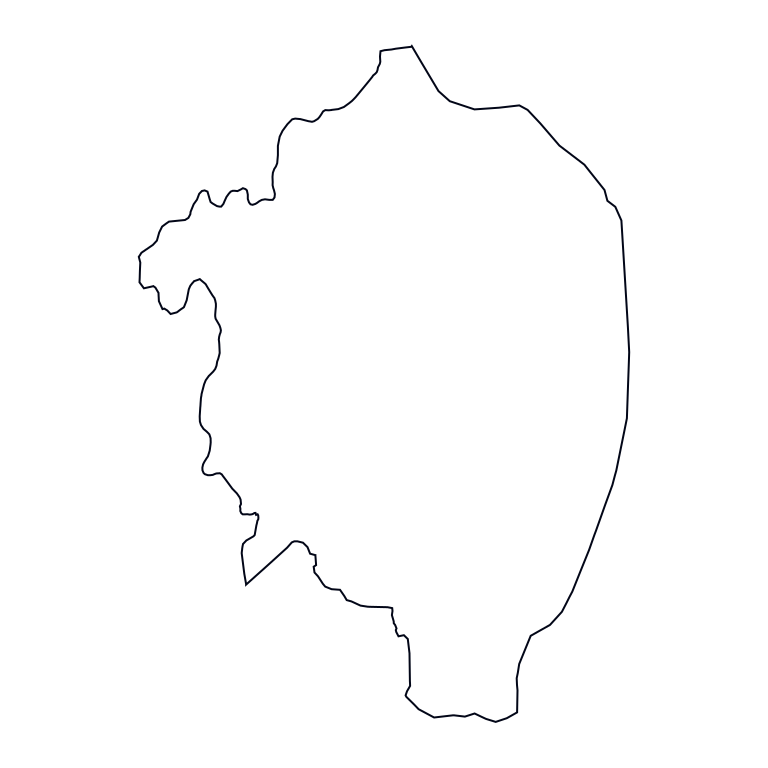 Lamandau, Kalimantan Tengah, Indonesia
{"feature_id": "22746128B62127435888540", "entity_name": "Lamandau", "entity_type": "district", "adm_level": 2, "iso_a3": "IDN", "parent_name": "Indonesia", "parent_adm1": "Kalimantan Tengah", "projection": "equal_earth", "projection_center": [111.153, -1.823], "detail": "fine", "context": "isolated", "style": "outline", "palette": "ink", "viewbox_px": 768, "rotation_deg": 0, "n_neighbors": 0, "source": "geoboundaries", "source_scale": "gbopen_adm2", "svg_char_len": 5265}
<svg xmlns="http://www.w3.org/2000/svg" viewBox="0 0 768 768"><path d="M246.1,584.6L266.8,566.1L287.1,547.7L291.8,542.4L294.4,541.3L297.3,541.3L303.0,542.7L307.5,547.1L310.1,553.7L315.2,555.1L315.4,555.1L315.4,555.5L316.1,565.1L313.7,566.7L314.5,572.5L318.0,576.3L322.8,583.7L325.2,586.6L331.6,589.2L340.0,589.8L344.3,596.0L346.7,600.1L351.4,601.4L360.5,605.6L367.7,606.7L369.7,606.8L373.9,606.9L387.5,607.2L392.2,608.1L392.5,611.0L391.9,615.1L393.7,621.3L393.8,623.3L395.1,624.9L396.5,628.4L395.8,630.1L396.3,632.1L398.5,636.3L403.9,635.2L407.8,639.0L409.5,653.3L409.8,674.1L409.9,681.2L410.0,682.9L410.1,685.9L407.0,691.3L405.6,695.4L406.4,696.9L414.6,705.0L418.6,709.2L434.1,717.5L446.2,716.1L453.2,715.3L453.3,715.3L453.8,715.3L464.9,716.6L474.6,713.5L481.5,716.8L486.0,718.9L495.7,721.9L506.8,718.2L517.1,712.4L517.5,690.3L517.0,685.0L516.7,678.2L517.8,672.9L519.2,664.0L530.7,635.8L550.0,624.9L561.9,611.8L566.3,603.3L569.5,596.9L572.3,591.6L579.8,572.9L589.1,549.9L594.4,534.9L596.1,530.4L596.3,529.8L599.9,519.7L605.0,505.3L612.4,485.0L614.9,475.5L616.3,470.5L624.2,431.7L626.9,418.3L627.8,392.0L628.8,363.9L629.2,352.1L627.9,327.0L621.4,220.5L615.3,206.8L607.4,200.8L604.5,190.0L590.0,171.8L584.4,164.7L559.4,145.6L540.3,123.4L527.6,109.9L519.3,105.4L514.0,106.0L499.1,107.7L474.5,109.4L449.8,101.2L438.5,91.1L420.5,60.9L411.8,46.1L411.3,46.8L406.1,47.4L395.8,48.7L391.5,49.5L384.5,50.2L380.5,51.2L380.0,56.5L380.3,61.8L379.8,63.9L378.0,67.3L377.5,70.1L376.7,72.2L375.3,73.7L373.1,75.5L372.3,76.8L369.2,80.7L362.8,88.5L355.6,97.2L353.6,99.3L351.9,101.0L349.0,103.3L343.9,107.0L338.3,109.1L331.7,109.9L331.6,110.0L328.7,110.3L325.3,110.1L323.1,111.4L321.2,114.5L319.5,117.0L317.8,118.9L314.1,121.2L312.0,121.8L310.4,121.5L308.5,121.2L305.4,120.4L300.4,119.1L295.2,118.6L292.2,119.3L287.4,124.2L282.6,130.7L279.7,136.6L277.9,145.9L277.9,155.2L277.2,163.2L275.9,166.5L274.3,168.9L272.9,172.7L272.5,176.8L272.7,182.1L272.6,185.2L273.3,188.2L274.0,190.2L274.9,194.0L274.5,197.5L272.7,199.9L269.5,199.9L265.0,199.3L261.8,199.9L259.2,201.3L257.2,202.8L255.4,203.9L252.6,204.8L250.5,204.3L249.0,202.4L247.8,199.0L247.8,194.6L246.9,190.4L245.5,189.1L242.9,188.2L241.1,189.3L237.5,191.1L234.8,190.8L232.7,190.8L230.7,191.6L228.8,193.7L226.5,196.9L224.7,200.8L223.4,203.9L221.2,206.6L219.4,206.6L217.0,206.1L212.6,203.5L210.6,202.0L209.7,199.2L207.5,191.6L204.6,190.4L201.9,191.0L199.2,193.8L197.0,199.6L193.7,204.2L190.6,211.8L190.3,214.3L188.4,217.9L185.0,220.0L169.0,221.6L166.1,223.6L162.1,226.6L159.2,232.5L159.1,232.8L159.0,233.2L157.9,237.1L156.9,240.6L155.5,242.1L154.2,243.5L152.9,244.9L149.1,247.5L146.4,249.4L146.1,249.5L143.9,251.1L143.5,251.3L141.4,252.8L140.4,254.4L140.0,255.1L138.8,256.8L140.3,262.6L140.1,266.7L139.9,271.2L139.7,278.1L139.6,280.3L139.5,282.3L143.9,288.3L149.8,287.0L152.8,286.3L153.3,286.1L155.4,287.6L158.4,292.7L158.5,292.8L158.6,295.5L158.6,295.8L158.7,297.1L158.9,301.2L159.5,302.5L162.5,309.1L163.6,308.8L164.3,308.6L166.2,309.8L167.2,310.4L167.3,310.5L167.5,310.7L170.6,314.0L176.7,312.4L177.5,311.9L179.4,310.4L181.0,309.2L183.1,307.8L183.9,307.2L184.7,305.3L184.8,305.0L185.0,304.5L186.4,301.0L186.7,300.2L188.8,289.3L189.3,288.1L189.9,286.7L190.1,286.3L190.3,285.8L190.5,285.5L191.3,284.5L192.3,283.2L192.9,282.6L193.6,281.8L194.0,281.2L196.6,280.3L197.8,279.9L199.8,279.1L201.1,280.3L204.6,283.2L205.6,284.1L206.0,284.7L206.8,286.1L208.1,288.3L210.9,292.9L211.6,294.0L212.4,295.3L212.7,295.7L213.7,297.1L214.0,297.5L214.4,298.0L215.2,300.4L215.9,303.8L215.9,306.7L215.6,309.6L215.4,312.1L215.2,314.6L215.2,316.3L215.6,318.7L217.3,321.6L219.5,325.4L220.4,328.0L220.9,330.3L220.8,330.9L220.6,332.3L219.8,334.3L219.1,337.0L219.0,338.2L218.8,339.5L219.1,341.9L219.3,344.4L219.7,353.0L219.1,355.6L218.7,357.0L218.5,357.9L218.3,358.4L218.2,358.9L217.2,361.5L216.5,365.7L215.2,369.0L213.2,371.6L210.9,373.9L209.2,375.6L208.9,375.8L208.7,376.1L205.9,380.0L205.7,380.3L204.1,384.3L201.6,393.9L201.3,396.3L201.2,396.5L200.9,398.6L200.8,400.3L200.6,402.9L200.5,404.7L200.4,406.3L200.3,407.0L199.7,416.4L199.9,421.6L201.0,425.1L203.5,428.9L206.7,431.6L208.2,433.1L209.4,434.4L209.5,434.8L210.0,436.3L210.1,436.6L210.6,438.3L210.7,442.4L210.5,444.6L209.7,450.7L208.6,454.2L208.5,454.5L207.9,456.4L207.2,457.4L206.5,458.4L205.4,460.2L204.6,461.4L204.5,461.6L203.9,462.7L203.2,464.2L203.1,464.3L202.6,466.6L202.4,467.4L202.4,467.5L202.4,468.7L202.5,470.5L202.8,471.1L203.6,473.0L204.9,474.2L206.1,474.6L207.6,475.1L207.8,475.2L210.2,475.2L212.7,474.9L212.8,474.9L213.4,474.6L214.8,474.0L216.2,473.5L217.0,473.4L219.2,473.3L219.8,473.2L220.3,473.5L221.8,474.4L222.6,475.6L223.8,477.2L224.2,477.7L227.4,482.0L232.3,488.7L233.4,489.8L235.8,492.3L236.8,493.3L239.6,497.3L240.6,499.7L241.0,504.0L239.9,506.3L240.4,508.8L240.3,511.0L241.3,513.2L242.7,514.3L245.6,514.3L247.2,514.2L249.8,514.6L252.0,514.3L253.4,513.7L254.4,513.0L255.5,512.9L256.1,514.9L257.6,514.3L258.2,515.4L258.4,517.5L258.3,519.2L257.4,520.8L256.9,523.4L256.4,525.3L254.7,535.0L253.5,536.3L249.4,538.7L247.5,539.8L246.6,540.3L246.4,540.4L243.3,543.7L243.0,544.0L243.0,544.3L242.7,545.5L242.6,546.1L242.4,547.1L242.4,547.3L242.2,548.5L242.1,549.6L242.0,550.4L241.9,551.1L241.7,553.2L244.3,573.8L246.1,584.1L246.1,584.6Z" fill="none" stroke="#020617" stroke-width="2"/></svg>